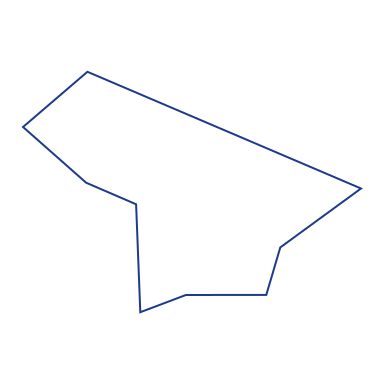 Kalkara, orthographic projection
{"feature_id": "MLT-5950", "entity_name": "Kalkara", "entity_type": "state/province", "adm_level": 1, "iso_a3": "MLT", "parent_name": "Malta", "parent_adm1": "", "projection": "orthographic", "projection_center": [14.531, 35.89], "detail": "fine", "context": "isolated", "style": "outline", "palette": "blue", "viewbox_px": 384, "rotation_deg": 0, "n_neighbors": 0, "source": "natural_earth", "source_scale": "10m", "svg_char_len": 241}
<svg xmlns="http://www.w3.org/2000/svg" viewBox="0 0 384 384"><path d="M87.4,71.8L361.0,188.5L280.3,247.4L266.3,294.9L185.8,295.0L140.3,312.2L136.1,204.3L86.1,182.7L23.0,127.0L87.4,71.8Z" fill="none" stroke="#1e3a8a" stroke-width="2"/></svg>